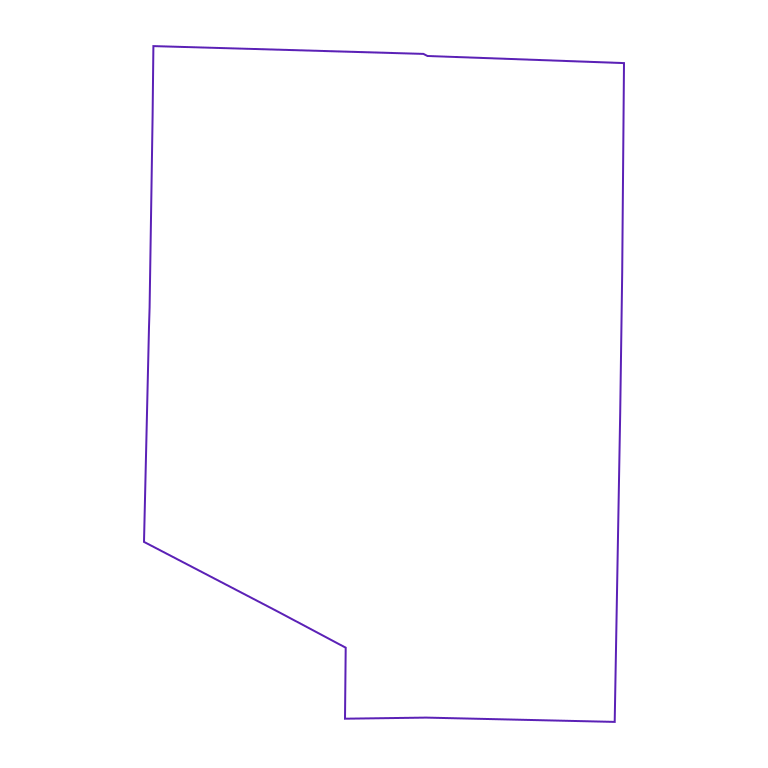 Pulaski, Missouri, United States of America
{"feature_id": "52423323B5552577354441", "entity_name": "Pulaski", "entity_type": "district", "adm_level": 2, "iso_a3": "USA", "parent_name": "United States of America", "parent_adm1": "Missouri", "projection": "equal_earth", "projection_center": [-92.22, 37.812], "detail": "fine", "context": "isolated", "style": "outline", "palette": "violet", "viewbox_px": 768, "rotation_deg": 0, "n_neighbors": 0, "source": "geoboundaries", "source_scale": "gbopen_adm2", "svg_char_len": 315}
<svg xmlns="http://www.w3.org/2000/svg" viewBox="0 0 768 768"><path d="M614.7,721.9L620.2,413.0L622.2,272.6L624.0,63.1L427.5,56.0L423.4,53.9L153.4,46.1L152.6,116.0L149.6,307.4L149.0,327.0L144.0,541.9L278.2,611.8L345.7,647.7L345.0,718.7L426.1,717.6L614.7,721.9Z" fill="none" stroke="#5b21b6" stroke-width="2"/></svg>